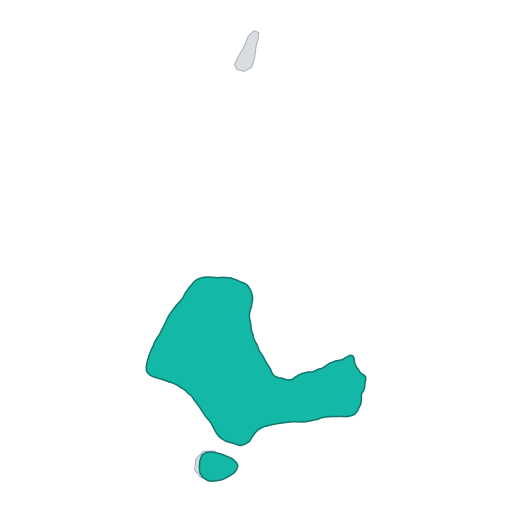 location of Felidhoo, Maldives
{"feature_id": "70690204B77108705549894", "entity_name": "Felidhoo", "entity_type": "district", "adm_level": 2, "iso_a3": "MDV", "parent_name": "Maldives", "parent_adm1": "", "projection": "albers", "projection_center": [73.527, 3.453], "detail": "fine", "context": "in_parent", "style": "filled", "palette": "teal", "viewbox_px": 512, "rotation_deg": 0, "n_neighbors": 0, "source": "geoboundaries", "source_scale": "gbopen_adm2", "svg_char_len": 4131}
<svg xmlns="http://www.w3.org/2000/svg" viewBox="0 0 512 512"><path d="M251.7,67.2L244.1,71.3L237.0,69.6L234.5,64.5L238.1,56.8L244.0,47.0L248.1,36.4L254.1,30.7L258.7,32.6L258.2,38.6L256.0,46.8L254.7,57.4L251.7,67.2ZM209.8,476.6L200.5,477.4L194.7,469.9L195.9,459.0L203.2,451.4L214.7,450.9L221.3,457.7L217.8,468.3L209.8,476.6Z" fill="#d9dde1" stroke="#a8b0b8" stroke-width="1"/><path d="M365.3,381.3L365.7,379.9L365.7,378.8L365.7,377.1L365.1,376.2L364.4,375.4L363.4,374.7L362.4,374.2L361.3,373.4L360.0,372.2L359.2,370.9L358.2,369.3L356.6,367.5L355.8,365.5L355.0,364.0L354.6,362.4L354.3,360.3L353.9,357.8L353.1,356.4L352.4,355.6L350.8,355.3L349.1,355.8L347.6,356.5L346.0,357.3L344.0,358.6L342.5,359.6L339.8,360.2L337.2,360.7L335.5,360.9L333.8,361.7L331.8,362.4L329.9,363.1L328.0,364.3L325.9,365.7L323.5,367.5L321.6,368.4L319.6,368.9L317.8,369.3L316.3,370.2L314.9,371.0L313.6,371.5L311.9,372.0L310.7,372.2L308.9,371.8L307.6,372.1L306.4,372.4L304.5,372.9L303.1,373.2L301.6,373.5L300.4,374.3L298.9,374.8L297.1,376.0L295.0,377.2L293.9,378.3L292.6,379.0L291.4,379.7L289.5,379.9L287.5,379.9L285.9,379.6L284.6,379.1L283.5,378.7L281.8,378.0L280.2,378.1L278.8,377.9L277.3,377.2L275.2,376.4L273.7,375.3L272.8,374.2L272.2,373.2L271.3,371.3L270.9,369.8L270.2,368.6L269.5,367.4L268.5,366.0L267.5,364.4L266.7,363.3L266.3,362.5L265.5,361.4L265.1,360.4L264.4,359.0L263.5,357.2L262.8,356.1L261.7,354.3L260.7,352.9L259.5,351.2L258.9,349.7L258.2,348.2L257.8,346.7L257.2,345.2L256.4,343.7L255.6,342.3L254.4,339.9L253.9,338.7L253.6,338.1L253.3,336.4L252.9,334.3L252.4,332.6L251.6,331.2L251.3,329.5L251.1,327.8L251.0,326.5L250.8,324.7L250.4,322.3L250.1,320.5L249.7,319.0L249.4,317.3L249.4,315.1L249.5,313.4L250.0,311.1L250.4,309.7L251.0,308.1L251.3,306.9L251.7,304.3L252.1,302.3L252.4,300.8L252.6,299.0L252.5,297.1L252.2,295.1L251.6,293.0L251.1,291.3L250.2,289.6L248.8,287.3L247.9,285.8L246.5,284.6L244.0,283.0L242.2,282.4L239.2,281.3L237.7,280.5L235.7,279.7L234.1,279.2L230.8,277.9L228.4,277.8L225.5,277.5L222.9,277.3L219.3,277.6L216.2,277.6L213.5,277.4L211.5,277.2L209.1,277.0L205.6,277.1L203.0,277.4L201.1,278.0L198.7,278.7L196.4,279.9L194.7,281.2L193.1,282.8L192.0,284.3L188.9,287.8L187.4,290.2L185.4,292.8L184.2,295.2L182.8,298.0L181.0,300.1L179.0,302.5L177.6,303.9L176.1,305.5L174.5,307.8L173.0,309.7L172.1,310.9L168.9,315.5L168.1,317.1L166.8,319.5L165.4,322.8L163.8,326.0L162.4,328.7L161.1,331.1L159.9,333.6L158.6,335.9L157.1,337.8L155.7,340.2L154.6,342.0L153.5,345.0L152.6,347.1L151.7,348.8L150.6,351.3L149.9,353.5L149.0,355.3L148.5,357.8L147.6,359.9L147.1,362.1L146.6,364.7L146.3,366.8L146.3,368.4L146.4,370.4L147.2,372.2L148.7,373.9L150.1,375.2L152.4,376.4L155.7,377.5L158.1,378.3L161.1,379.1L163.8,380.0L167.1,381.2L169.1,382.0L172.2,382.8L174.2,383.7L176.6,384.7L178.8,386.2L180.8,387.6L183.4,389.0L185.7,390.8L187.4,392.5L188.8,394.0L190.7,395.1L192.4,397.1L194.4,400.3L196.6,403.2L199.2,406.6L201.2,409.8L203.8,413.7L205.9,416.8L207.5,418.7L209.7,421.1L211.8,424.4L213.2,427.2L215.0,430.7L216.6,433.3L218.5,436.0L220.6,438.0L223.4,439.7L225.9,441.3L229.3,442.2L232.0,443.0L233.6,443.4L235.7,444.1L238.2,445.2L241.1,445.6L245.6,443.8L249.3,441.6L251.7,437.6L253.6,434.9L255.6,432.3L258.1,429.9L261.1,428.1L264.1,426.6L266.7,426.1L270.2,425.1L273.7,424.3L278.9,423.4L283.1,422.9L287.0,422.3L290.2,422.0L293.6,421.7L297.2,421.8L299.9,421.9L304.8,421.9L309.1,421.1L310.8,420.9L312.1,420.6L312.9,420.2L313.7,419.9L315.1,419.9L316.9,419.5L318.6,419.0L320.7,418.0L323.9,417.3L326.9,416.9L330.4,416.6L334.1,416.5L337.1,416.5L340.4,416.4L343.1,416.6L346.4,416.6L349.8,416.1L352.5,415.3L355.0,414.1L356.4,412.3L357.6,410.5L358.6,408.5L359.5,406.6L360.1,405.4L360.7,404.2L361.1,401.9L361.3,400.1L361.4,398.1L361.4,395.7L361.5,394.0L362.2,392.6L363.2,391.2L363.8,389.8L364.4,388.3L364.7,386.7L364.8,384.8L365.0,382.7L365.3,381.3ZM237.9,465.7L236.4,462.6L232.2,458.6L226.3,456.1L220.5,453.8L215.7,452.7L211.5,451.9L206.2,452.4L201.8,455.3L199.9,460.7L199.3,467.1L199.8,472.6L202.6,477.3L207.8,480.6L212.0,481.3L218.1,480.5L221.6,479.8L226.1,477.9L230.6,475.3L234.5,472.6L236.7,469.2L237.9,465.7Z" fill="#14b8a6" stroke="#0f766e" stroke-width="1.5"/></svg>